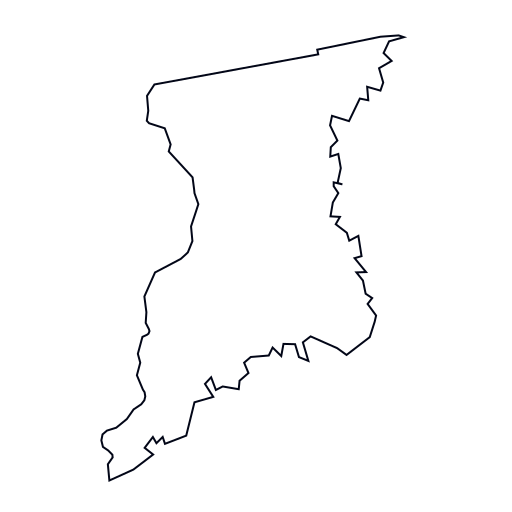 the district of Knox, Indiana, United States of America, rotated 348°
{"feature_id": "52423323B4798034374096", "entity_name": "Knox", "entity_type": "district", "adm_level": 2, "iso_a3": "USA", "parent_name": "United States of America", "parent_adm1": "Indiana", "projection": "equal_earth", "projection_center": [-87.444, 38.661], "detail": "fine", "context": "isolated", "style": "outline", "palette": "ink", "viewbox_px": 512, "rotation_deg": 348, "n_neighbors": 0, "source": "geoboundaries", "source_scale": "gbopen_adm2", "svg_char_len": 1630}
<svg xmlns="http://www.w3.org/2000/svg" viewBox="0 0 512 512"><g transform="rotate(348 256 256)"><path d="M120.1,327.1L120.6,336.3L114.7,347.9L117.6,363.2L118.7,366.1L118.5,370.3L116.8,373.9L112.9,377.2L104.4,380.6L95.8,388.6L83.6,394.9L73.9,395.8L68.8,398.6L66.4,404.2L66.6,410.9L71.0,415.5L74.2,420.5L73.9,423.2L67.8,428.9L65.9,445.1L91.7,439.4L114.1,428.8L107.2,420.5L117.5,411.6L119.7,418.4L127.1,413.6L127.9,420.8L150.4,417.2L165.4,386.3L184.9,384.9L179.5,370.5L186.9,365.3L188.9,378.7L196.3,376.7L211.4,382.7L214.0,374.6L224.3,368.9L222.2,357.9L229.9,353.7L247.8,356.0L253.2,349.0L259.9,359.1L264.6,347.7L275.9,350.4L277.0,363.8L285.4,369.5L283.9,350.2L292.7,346.0L316.2,363.0L324.0,371.6L350.4,359.0L358.4,345.0L361.1,339.2L355.2,326.1L360.9,321.3L355.4,315.7L355.5,302.3L350.8,292.9L360.3,294.6L352.0,278.6L359.2,278.1L360.3,257.6L350.4,260.4L349.7,252.2L340.6,241.5L346.2,235.2L337.1,232.7L342.3,219.6L349.6,211.6L346.5,203.9L347.3,200.1L355.4,203.9L351.0,201.5L357.2,187.7L357.7,173.3L349.3,174.2L351.8,165.1L359.6,160.0L355.6,143.6L359.5,134.7L375.0,143.4L390.3,123.6L398.2,127.0L399.9,113.6L412.1,120.1L416.5,112.8L415.4,97.9L429.2,93.4L423.0,84.0L430.8,73.7L446.1,72.7L441.4,69.9L423.4,67.4L358.8,66.9L358.8,71.7L192.3,67.1L182.7,76.7L180.8,91.6L177.3,101.0L179.0,103.9L188.4,109.3L193.3,112.1L195.7,129.1L192.4,135.6L210.3,165.9L209.3,178.2L208.9,181.8L210.4,193.3L206.3,200.4L198.6,213.6L196.9,228.2L190.1,238.3L187.7,239.8L181.8,243.2L153.8,251.1L138.4,272.4L137.1,288.2L134.2,298.5L136.0,305.1L136.2,307.3L134.7,309.6L133.0,310.4L128.1,311.5L120.1,327.1Z" fill="none" stroke="#020617" stroke-width="2"/></g></svg>